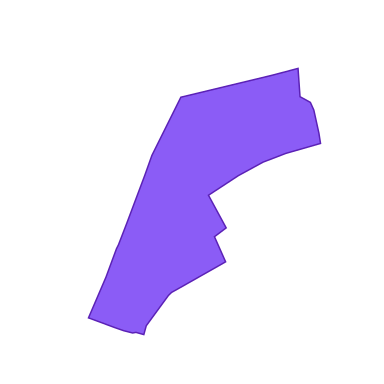 outline of Fakaifou, Tuvalu, rotated 222°
{"feature_id": "33948139B58863011361490", "entity_name": "Fakaifou", "entity_type": "district", "adm_level": 2, "iso_a3": "TUV", "parent_name": "Tuvalu", "parent_adm1": "", "projection": "natural_earth1", "projection_center": [179.2, -8.516], "detail": "fine", "context": "isolated", "style": "filled", "palette": "violet", "viewbox_px": 384, "rotation_deg": 222, "n_neighbors": 0, "source": "geoboundaries", "source_scale": "gbopen_adm2", "svg_char_len": 544}
<svg xmlns="http://www.w3.org/2000/svg" viewBox="0 0 384 384"><g transform="rotate(222 192 192)"><path d="M132.4,53.8L136.5,62.0L140.3,99.4L140.0,103.7L134.7,119.4L120.3,162.6L145.4,173.8L142.6,188.2L177.6,200.6L168.5,235.2L159.2,261.7L148.1,283.5L129.0,314.1L137.0,320.6L156.3,334.4L164.0,337.8L175.5,335.1L195.9,354.8L210.5,332.5L263.7,255.0L246.3,192.4L238.2,172.7L219.5,125.0L211.3,103.5L210.2,99.4L199.0,71.3L184.7,29.2L158.6,39.6L150.0,43.2L141.8,47.5L139.7,50.2L132.4,53.8Z" fill="#8b5cf6" stroke="#5b21b6" stroke-width="1.5"/></g></svg>